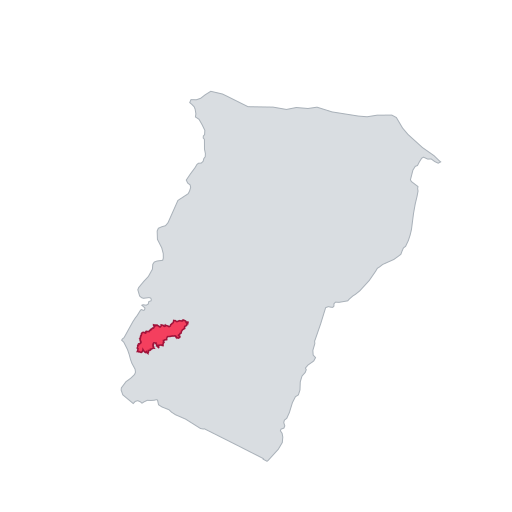 Gushegu, Northern, Ghana (highlighted), rotated 207°
{"feature_id": "2480657B56494255769768", "entity_name": "Gushegu", "entity_type": "district", "adm_level": 2, "iso_a3": "GHA", "parent_name": "Ghana", "parent_adm1": "Northern", "projection": "orthographic", "projection_center": [-0.233, 9.923], "detail": "fine", "context": "in_parent", "style": "filled", "palette": "rose", "viewbox_px": 512, "rotation_deg": 207, "n_neighbors": 0, "source": "geoboundaries", "source_scale": "gbopen_adm2", "svg_char_len": 7985}
<svg xmlns="http://www.w3.org/2000/svg" viewBox="0 0 512 512"><g transform="rotate(207 256 256)"><path d="M311.6,71.8L315.3,75.3L316.1,77.4L314.8,85.0L312.1,90.3L310.4,95.3L310.6,97.7L312.3,100.2L317.9,104.1L320.7,106.7L324.1,110.5L328.0,114.3L334.7,119.2L337.5,120.0L337.4,121.4L336.5,123.3L335.9,141.5L335.4,146.2L334.9,148.6L334.3,155.4L333.6,156.4L332.4,156.3L331.2,156.6L330.9,157.9L331.4,159.3L335.4,160.3L334.5,161.3L331.5,162.3L330.2,164.3L330.8,166.7L329.1,168.5L329.6,169.8L330.7,170.7L332.4,170.4L337.1,167.2L339.0,166.9L341.5,167.5L346.0,172.3L346.2,174.7L344.4,182.7L342.6,188.9L342.3,197.2L344.2,201.8L343.9,204.4L341.9,206.6L337.2,209.8L337.6,212.0L339.7,216.0L343.7,220.5L351.4,226.1L355.4,233.4L355.6,236.4L353.2,239.3L350.4,241.9L349.5,245.7L350.8,270.1L344.7,280.7L344.7,283.7L345.3,287.3L346.9,289.4L350.0,290.0L352.6,292.0L351.7,299.4L350.4,307.0L350.2,310.7L349.4,312.5L347.0,313.9L346.1,316.3L346.7,319.2L346.3,321.4L347.6,324.3L350.4,327.8L354.9,336.5L356.6,337.2L357.4,339.0L356.9,340.8L358.6,344.7L363.6,348.5L368.8,351.9L373.1,352.4L374.1,355.4L376.9,359.2L378.9,360.9L382.1,362.0L384.7,362.6L384.9,365.8L380.1,368.1L376.9,371.4L374.5,376.5L371.1,382.2L359.4,385.1L354.9,385.2L330.9,385.4L308.4,396.4L295.4,400.4L287.5,406.6L276.7,411.0L269.2,416.3L253.7,418.9L228.2,427.2L220.2,430.5L212.1,436.4L199.0,443.2L193.8,443.1L183.6,436.6L175.8,433.3L157.0,428.2L142.9,426.2L136.1,424.1L134.2,423.7L135.8,421.4L139.7,421.3L143.9,422.0L147.0,420.3L151.6,420.1L152.8,418.3L153.2,413.6L153.2,409.9L154.8,408.2L155.2,403.8L153.0,394.0L151.4,392.9L143.2,391.4L142.6,389.5L141.1,387.4L139.6,382.3L137.8,374.8L135.0,365.5L129.5,350.1L128.2,344.7L127.3,339.1L127.1,332.5L128.3,330.1L128.1,326.6L127.7,323.2L131.6,315.5L139.3,306.0L140.9,302.5L142.3,300.1L142.5,296.7L144.0,285.5L147.7,272.1L150.0,267.0L151.6,264.3L153.4,259.8L153.9,257.7L161.0,252.4L164.2,251.0L164.9,248.9L163.8,246.7L164.3,245.1L166.0,244.4L168.6,243.7L170.5,241.6L167.6,224.9L165.3,208.3L165.2,206.9L163.8,204.6L162.5,197.7L160.1,193.7L156.8,192.5L156.9,188.7L160.2,182.4L161.1,178.6L159.6,177.5L159.3,174.6L160.5,169.9L160.0,167.0L159.4,163.9L156.0,156.6L155.2,151.5L157.0,148.5L157.0,141.9L155.2,131.7L154.9,125.3L156.2,122.6L155.6,120.1L153.2,117.7L153.0,115.3L155.1,113.1L154.9,111.3L152.3,109.9L149.9,106.8L147.9,101.8L148.4,93.9L152.4,79.3L153.0,78.1L157.4,78.2L157.4,78.8L171.4,78.8L187.3,78.8L206.3,78.7L223.6,78.6L224.4,77.9L227.2,77.1L244.7,78.7L255.7,78.0L260.3,78.5L263.7,79.5L271.2,78.8L275.3,79.2L278.3,82.9L279.5,82.8L281.2,81.3L284.2,79.5L287.3,78.1L289.5,75.3L290.8,73.1L292.8,73.6L295.7,73.4L297.6,71.6L298.4,68.8L311.6,71.8Z" fill="#d9dde1" stroke="#a8b0b8" stroke-width="1"/><path d="M319.0,119.9L318.7,118.5L318.4,117.6L318.4,117.1L318.1,117.3L317.9,117.3L317.5,117.5L317.3,117.3L317.0,117.7L316.8,117.7L316.7,117.6L316.1,117.7L316.0,117.8L315.8,117.7L315.2,117.8L314.9,117.8L314.5,117.9L314.4,118.3L314.2,118.3L314.0,118.6L314.0,119.1L314.0,119.3L313.9,119.5L314.0,120.1L313.9,120.2L314.0,120.6L314.0,120.8L314.2,121.3L313.1,120.6L311.5,119.9L310.5,119.9L310.6,120.2L310.3,121.3L310.2,121.4L308.9,120.3L308.1,120.1L308.2,120.3L308.1,121.0L308.2,121.7L308.6,122.5L309.0,123.0L307.6,123.8L307.4,124.4L307.7,124.9L307.2,125.1L307.3,125.4L306.5,126.1L306.2,126.6L306.0,126.9L305.9,127.1L305.5,127.4L305.0,127.6L305.4,127.8L305.7,127.9L305.8,128.0L305.7,128.1L306.0,128.3L306.0,128.6L306.3,128.7L306.3,128.9L306.4,129.0L306.6,128.8L306.9,128.9L307.2,129.6L307.3,129.7L307.3,129.8L307.5,130.1L307.4,130.2L307.5,130.3L307.4,130.5L307.5,130.5L307.8,131.0L307.7,131.5L307.8,132.1L307.1,132.6L306.2,132.6L306.1,132.8L305.8,132.8L305.6,133.0L305.4,132.6L305.1,132.3L304.8,132.1L304.5,132.2L304.3,131.7L304.2,131.7L303.9,131.6L303.9,131.3L303.8,131.0L303.7,131.1L303.6,130.9L303.4,130.9L303.3,131.0L303.3,130.9L303.1,130.8L302.9,130.8L302.7,130.9L302.4,130.9L302.5,130.8L302.3,130.7L302.2,130.5L301.9,130.6L301.7,130.3L301.2,130.2L301.2,130.4L301.4,130.4L301.5,130.5L301.4,130.5L301.5,130.5L301.8,130.7L301.7,131.0L301.9,131.4L301.9,131.7L302.2,132.2L302.2,132.4L301.9,132.7L301.4,132.7L300.7,133.2L300.2,133.7L299.1,133.6L298.8,133.7L298.3,133.9L298.4,134.0L298.2,134.1L298.3,134.4L298.6,134.4L298.6,134.5L298.9,134.8L298.8,135.0L298.9,135.4L298.9,135.8L299.0,136.2L299.0,136.4L298.9,136.5L298.9,136.8L299.0,136.8L298.9,137.0L299.1,137.0L299.2,137.5L299.3,137.5L299.4,137.9L299.5,138.0L299.6,137.8L299.9,138.3L299.7,138.3L299.7,138.6L299.6,138.8L299.8,139.0L299.4,139.5L299.5,139.6L299.4,139.8L299.2,139.9L298.8,140.2L298.2,140.4L298.0,140.5L297.9,140.8L297.6,141.0L298.2,141.8L298.3,144.0L295.7,145.5L295.2,146.2L294.8,146.3L294.4,146.4L294.1,146.9L293.9,147.0L293.6,147.1L293.4,147.2L293.1,147.3L292.9,147.3L292.6,147.5L292.3,148.0L292.0,148.0L291.9,148.1L291.7,148.0L291.2,148.2L290.9,147.7L290.4,147.8L290.3,147.6L290.1,147.6L289.9,147.5L289.9,147.4L289.7,147.5L289.6,147.4L289.6,147.6L289.3,147.6L289.0,147.6L288.7,147.4L288.3,147.6L288.2,147.5L287.9,147.5L287.5,148.2L287.1,148.6L287.0,149.1L287.3,149.8L287.6,149.7L287.7,149.9L288.0,149.8L288.3,150.1L288.6,150.1L288.9,150.0L289.2,150.2L288.4,151.9L288.5,152.0L288.5,152.4L288.2,152.4L287.7,153.4L288.0,154.0L288.0,154.4L288.1,154.6L288.2,154.8L288.3,155.1L288.1,155.6L288.0,156.1L288.1,156.7L287.7,157.4L287.5,157.6L287.5,157.8L287.2,158.2L287.2,158.6L286.8,158.7L286.6,159.0L286.8,159.2L287.0,159.7L287.3,160.0L287.6,160.9L286.8,161.8L286.3,162.6L286.4,163.3L286.8,163.8L286.6,164.1L286.7,164.3L286.7,164.5L286.8,164.6L286.7,164.8L286.8,164.9L286.8,165.5L286.5,165.9L286.4,165.8L286.5,166.2L287.0,166.1L287.5,165.8L287.7,165.6L287.8,165.6L287.8,165.4L288.2,165.5L288.3,165.3L288.5,165.5L288.9,166.0L289.1,166.1L290.3,166.1L290.8,166.0L291.0,166.1L291.3,166.1L291.8,166.0L292.0,165.8L291.8,165.7L291.9,165.0L292.1,165.0L292.3,164.6L292.9,164.4L293.0,164.2L293.4,164.2L294.2,163.8L294.3,163.7L295.0,163.6L295.1,163.3L295.4,163.1L295.6,162.6L296.0,162.4L296.1,162.1L296.5,161.8L296.6,161.7L296.9,161.6L297.0,161.5L298.6,161.8L299.1,161.5L300.1,161.2L299.9,160.7L299.7,159.8L299.5,159.3L299.5,159.1L299.8,158.4L300.3,157.7L300.2,157.2L300.3,156.8L300.8,156.3L300.8,155.7L300.5,154.9L300.6,154.6L301.4,153.5L302.4,153.7L302.9,153.5L303.6,153.5L303.9,153.4L305.6,153.2L305.5,152.7L305.4,152.7L305.4,152.8L305.3,152.7L305.1,152.3L305.4,152.1L305.5,151.8L305.2,151.6L306.4,151.7L307.2,152.1L309.2,151.6L308.8,151.0L309.0,149.3L309.2,149.2L309.5,149.2L309.9,149.2L310.0,149.1L310.3,149.3L310.7,149.3L310.9,149.4L311.3,149.4L311.6,149.3L312.5,149.5L312.9,149.3L312.9,149.0L313.3,148.7L313.6,148.7L313.6,148.9L313.8,148.7L313.9,148.9L314.2,148.7L314.3,148.8L314.6,148.6L315.0,148.5L315.1,148.4L315.4,148.2L315.4,148.3L315.5,148.3L315.7,148.1L316.0,148.1L315.9,147.9L315.6,147.8L315.4,147.5L315.1,147.2L314.9,147.1L314.6,147.1L314.3,147.0L314.6,146.4L314.5,145.3L314.9,144.9L315.5,144.8L315.5,144.7L315.3,144.7L315.8,143.9L315.7,143.7L316.0,143.3L315.9,143.0L316.5,142.8L316.5,142.3L316.3,141.9L316.6,141.4L316.9,141.2L317.0,141.2L317.0,140.0L317.4,140.0L318.1,139.7L318.3,139.6L318.4,139.4L318.6,139.4L318.9,139.2L319.0,139.1L319.4,139.2L319.7,139.1L319.8,138.5L319.6,138.3L319.4,137.8L319.2,137.5L319.3,137.2L319.6,137.0L320.4,137.2L320.6,137.0L320.9,137.1L321.4,136.9L321.7,136.9L321.9,136.8L322.1,136.5L322.4,136.3L322.6,135.7L322.8,135.4L322.7,135.2L322.8,134.8L322.6,134.7L322.6,134.3L322.5,134.0L322.4,134.0L322.4,133.5L322.1,133.0L322.1,132.7L322.3,132.5L322.5,132.4L322.2,131.6L322.2,131.3L322.0,131.1L322.1,130.9L322.0,130.7L321.9,130.7L321.9,130.4L321.7,130.2L321.9,129.9L321.9,129.7L322.0,129.5L321.7,129.4L321.5,129.1L321.3,129.1L320.9,128.2L320.7,128.3L320.3,128.0L320.3,127.9L320.2,127.9L320.0,127.4L319.8,127.3L319.8,127.1L319.6,126.9L319.4,127.1L319.1,126.6L319.2,126.3L319.4,126.1L319.3,125.7L319.4,125.4L320.1,125.1L320.3,124.7L320.5,124.6L320.2,124.4L320.0,123.8L320.6,123.0L320.9,122.9L320.8,122.5L320.3,122.2L320.1,120.3L319.9,119.9L319.5,120.0L319.0,119.9Z" fill="#f43f5e" stroke="#9f1239" stroke-width="1.5"/></g></svg>